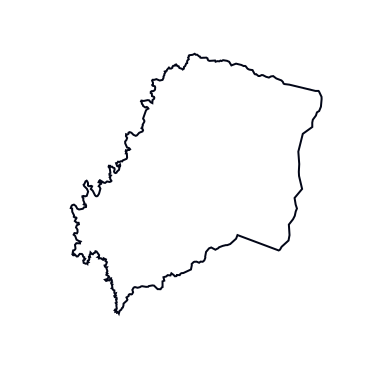 Bonito, Mato Grosso do Sul, Brazil, rotated 201°
{"feature_id": "56859067B97300483436171", "entity_name": "Bonito", "entity_type": "district", "adm_level": 2, "iso_a3": "BRA", "parent_name": "Brazil", "parent_adm1": "Mato Grosso do Sul", "projection": "mercator", "projection_center": [-56.337, -20.967], "detail": "fine", "context": "isolated", "style": "outline", "palette": "ink", "viewbox_px": 384, "rotation_deg": 201, "n_neighbors": 0, "source": "geoboundaries", "source_scale": "gbopen_adm2", "svg_char_len": 6005}
<svg xmlns="http://www.w3.org/2000/svg" viewBox="0 0 384 384"><g transform="rotate(201 192 192)"><path d="M281.3,91.0L280.4,90.4L279.5,90.6L278.7,91.6L276.6,90.5L275.6,90.9L274.6,94.0L272.7,94.7L271.6,94.2L270.5,92.7L269.2,92.5L268.8,91.3L267.8,91.3L268.0,90.2L269.0,89.1L267.7,87.0L265.4,87.0L264.7,87.7L263.9,87.4L264.2,88.4L263.5,89.2L264.4,89.4L264.7,90.5L263.8,91.3L263.8,92.6L264.9,94.5L263.9,94.9L265.0,96.4L264.7,97.4L265.1,99.2L263.0,98.2L262.2,98.4L261.9,99.6L260.9,100.5L260.9,102.1L259.8,102.2L256.1,99.8L255.9,98.6L256.5,97.6L255.5,97.8L255.1,96.6L253.4,97.5L250.6,96.8L250.0,97.4L250.5,98.4L248.1,98.2L248.0,96.5L246.3,96.0L246.2,93.0L247.3,92.1L246.6,91.2L245.6,90.9L244.4,91.3L244.6,90.2L242.6,87.8L242.8,86.2L241.8,85.7L242.3,85.0L242.3,84.0L239.8,83.6L239.1,83.1L240.0,80.3L241.8,78.9L240.3,78.2L238.5,79.7L237.5,79.8L237.0,81.0L237.4,82.0L236.6,82.4L236.3,81.4L235.2,80.9L235.1,79.8L234.3,79.3L234.9,78.0L234.2,77.3L233.1,77.2L233.2,76.1L232.1,74.3L232.5,73.3L231.5,73.2L230.6,72.4L229.2,72.3L228.4,70.1L227.6,69.4L226.8,70.1L226.7,68.6L225.9,68.0L227.2,67.0L226.4,66.2L224.3,66.0L223.9,64.9L224.3,64.3L222.7,61.8L223.4,61.0L222.1,60.0L221.9,58.8L220.5,56.3L220.5,55.1L221.5,54.9L221.8,53.8L220.9,53.7L220.6,52.6L219.4,53.4L218.6,53.3L218.5,52.5L217.6,53.1L216.7,52.3L217.0,55.1L215.9,56.8L215.8,58.5L215.2,59.3L215.3,61.4L215.9,63.3L213.9,67.3L213.7,68.3L215.4,70.1L213.9,72.1L214.2,73.5L213.3,74.5L212.2,74.5L211.4,75.1L211.2,76.1L211.1,77.4L212.6,79.2L212.2,81.8L211.2,82.8L208.5,83.1L206.5,84.5L205.8,85.5L204.8,86.2L200.8,87.0L198.9,87.9L198.6,88.7L195.5,90.6L193.9,91.0L189.3,89.0L186.5,90.0L186.0,92.1L185.4,92.7L187.5,98.0L186.1,99.3L188.1,102.2L185.7,104.0L185.0,105.6L182.2,106.4L182.1,108.7L179.5,108.0L177.8,107.2L176.4,107.9L176.4,109.1L173.7,110.0L173.5,111.4L172.8,112.4L171.0,113.3L165.2,119.3L165.9,123.4L166.5,124.7L165.4,127.1L164.7,127.8L162.7,128.6L160.0,128.5L159.0,130.1L157.0,130.7L156.0,132.5L156.0,135.4L156.5,136.3L157.4,141.1L155.9,145.5L154.2,147.1L149.5,146.5L147.3,149.0L147.0,150.0L144.0,152.7L141.4,154.5L140.1,155.0L137.7,157.1L134.1,164.2L134.1,168.1L90.1,168.5L89.2,169.7L88.7,173.0L84.5,181.3L85.5,186.7L89.9,196.3L87.9,202.8L87.5,206.6L88.2,211.1L88.1,214.2L90.7,217.4L94.1,223.2L90.3,234.3L97.8,245.3L99.5,249.1L101.9,256.5L107.2,267.8L109.4,286.0L103.0,295.8L104.6,299.9L105.1,302.8L103.7,307.8L103.9,311.1L102.3,313.2L102.2,317.8L104.3,325.2L105.2,327.3L109.3,331.2L110.1,331.7L112.9,330.6L139.6,327.1L144.4,325.9L145.3,326.0L146.7,327.4L148.5,328.2L154.0,328.2L157.7,329.3L159.7,328.2L161.2,326.4L164.1,326.1L167.7,326.5L168.9,326.1L170.4,324.5L171.6,324.1L174.3,325.0L175.1,324.5L176.1,324.8L179.2,327.5L182.4,326.8L184.3,327.0L186.9,328.6L187.7,328.7L188.9,328.1L191.5,328.3L196.9,327.6L200.6,324.3L204.0,326.9L206.4,327.0L210.2,326.2L211.3,324.9L212.6,324.8L213.3,323.8L215.3,323.2L216.7,322.1L217.6,323.0L222.6,320.7L223.9,320.7L224.8,321.3L225.4,322.3L226.7,322.6L231.6,320.5L232.5,320.5L233.2,321.3L234.2,321.2L235.7,321.8L236.5,322.0L237.7,321.5L239.0,322.0L240.6,320.3L243.6,318.7L243.8,317.8L243.4,317.2L243.8,316.1L242.6,314.8L243.3,313.4L243.4,312.4L242.7,310.6L243.5,309.8L243.5,307.2L244.3,305.8L243.8,304.2L244.6,303.0L245.6,303.4L248.2,303.3L249.6,304.6L250.6,304.3L252.5,305.4L253.1,304.9L252.6,304.3L254.8,303.0L255.1,302.1L254.9,300.9L255.7,299.8L256.9,299.3L258.1,299.9L259.1,297.2L259.1,296.0L260.5,294.8L259.7,294.3L260.1,292.2L259.7,291.2L260.0,289.6L259.5,288.4L259.7,286.1L262.1,284.5L265.7,284.6L267.3,283.3L269.0,282.6L269.2,281.7L267.7,280.2L267.0,278.5L267.5,277.6L266.8,277.1L264.7,277.4L263.9,276.6L263.2,274.3L263.6,273.2L264.5,272.2L265.8,271.7L266.4,270.8L266.0,269.6L264.8,269.5L263.7,267.2L261.6,267.2L261.0,266.6L260.8,265.5L261.8,263.6L260.9,260.8L262.8,261.0L264.9,262.2L266.3,261.9L269.7,259.7L272.0,259.2L272.1,258.3L271.2,258.0L270.4,256.4L269.3,255.9L268.6,254.9L265.9,254.2L264.7,255.2L263.5,254.9L262.6,254.2L263.9,252.7L264.2,251.4L264.0,244.0L263.9,242.9L262.2,241.7L261.7,240.6L262.2,237.1L261.7,236.3L261.9,235.4L261.5,234.4L262.0,233.5L260.6,233.0L259.8,232.1L259.9,230.8L262.5,228.4L263.7,225.2L264.6,224.3L267.1,224.4L269.8,225.6L271.6,225.6L272.5,224.7L272.1,223.8L272.6,222.9L273.1,222.3L274.2,222.3L273.7,220.5L271.9,219.2L271.9,216.9L272.5,215.2L271.8,213.5L268.6,210.3L266.3,210.4L265.1,209.7L265.7,208.7L267.0,208.2L267.6,207.3L268.6,207.3L268.5,206.2L267.7,205.8L267.6,204.3L266.6,204.5L264.9,200.8L265.0,199.5L268.0,196.6L268.1,195.6L269.3,195.3L270.6,194.0L271.9,193.8L272.2,192.4L273.2,191.7L271.2,189.4L270.3,189.4L269.1,191.9L268.6,191.2L268.3,190.0L268.9,189.1L268.3,187.9L268.1,186.5L269.3,184.2L269.4,183.0L270.1,182.3L271.2,182.3L272.1,183.1L272.4,185.7L273.1,186.5L274.8,186.5L275.7,187.0L277.4,186.1L277.8,187.1L279.0,186.7L278.9,185.6L277.3,184.6L275.0,180.6L275.6,179.5L275.2,178.4L273.6,178.4L274.2,176.3L273.4,175.9L273.1,174.9L271.2,173.5L271.6,172.6L272.6,171.8L275.1,171.4L276.3,169.4L277.3,169.1L282.2,170.0L282.7,168.8L282.7,167.6L279.8,168.0L279.7,167.1L280.6,166.2L281.2,164.0L280.3,163.8L278.7,162.3L278.2,157.0L278.7,154.6L279.3,153.9L280.2,153.7L281.4,154.2L285.1,157.6L287.5,158.5L287.3,161.5L288.4,161.6L290.1,160.5L291.4,160.7L292.3,163.1L293.6,164.4L294.4,164.8L295.2,163.8L295.3,161.1L295.8,159.9L294.8,158.9L291.2,157.3L289.1,155.1L288.9,150.7L290.1,149.7L292.0,149.4L292.8,148.7L292.2,147.6L291.2,147.3L290.6,145.4L288.3,143.0L288.6,141.6L287.8,141.5L286.7,142.2L285.9,141.2L285.6,140.0L287.3,139.0L287.9,137.2L291.2,135.2L293.1,135.3L295.5,137.3L297.7,137.9L299.1,136.8L299.5,135.5L299.4,133.5L298.0,133.6L296.7,130.6L293.7,127.9L293.5,126.5L292.5,126.2L291.4,126.7L290.5,126.3L291.0,122.9L288.6,122.0L286.8,122.6L286.0,121.3L287.6,119.7L287.6,117.4L285.4,115.8L284.5,113.6L284.6,112.2L287.0,111.5L287.2,109.7L285.3,109.1L282.7,106.1L280.2,105.7L278.2,105.8L278.6,104.7L278.2,103.9L281.6,102.8L282.3,100.7L280.6,97.7L280.5,96.7L281.0,95.5L282.0,94.9L281.7,92.9L279.8,91.8L280.7,91.6L281.3,91.0Z" fill="none" stroke="#020617" stroke-width="2"/></g></svg>